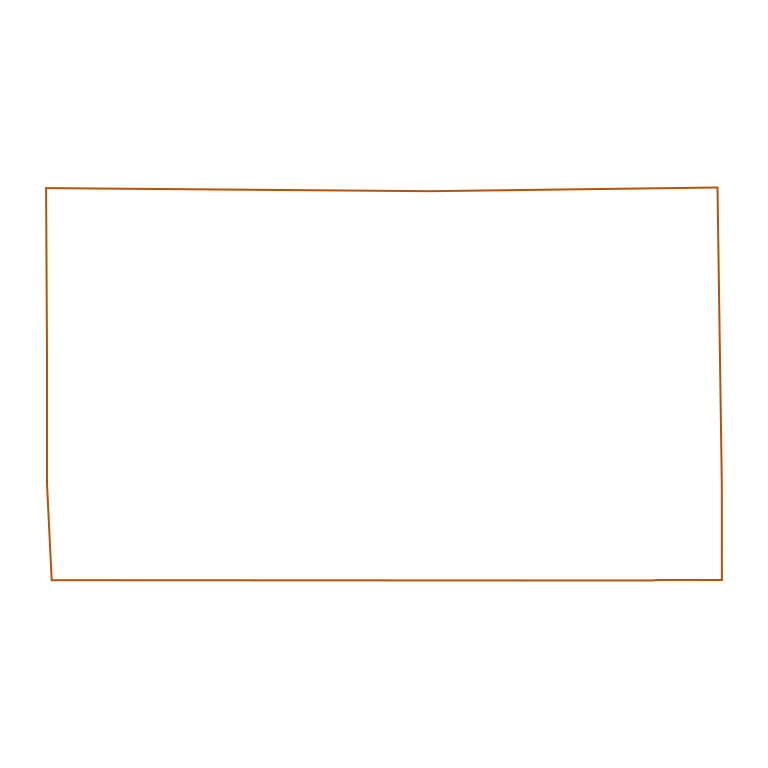 outline of Dewey, Oklahoma, United States of America
{"feature_id": "52423323B83678883467317", "entity_name": "Dewey", "entity_type": "district", "adm_level": 2, "iso_a3": "USA", "parent_name": "United States of America", "parent_adm1": "Oklahoma", "projection": "mercator", "projection_center": [-98.948, 35.988], "detail": "fine", "context": "isolated", "style": "outline", "palette": "amber", "viewbox_px": 768, "rotation_deg": 0, "n_neighbors": 0, "source": "geoboundaries", "source_scale": "gbopen_adm2", "svg_char_len": 255}
<svg xmlns="http://www.w3.org/2000/svg" viewBox="0 0 768 768"><path d="M717.5,187.5L430.1,191.2L46.1,188.1L47.0,356.9L47.0,483.9L51.7,580.2L652.5,580.5L658.2,579.9L721.9,580.0L721.8,484.0L717.5,187.5Z" fill="none" stroke="#b45309" stroke-width="2"/></svg>